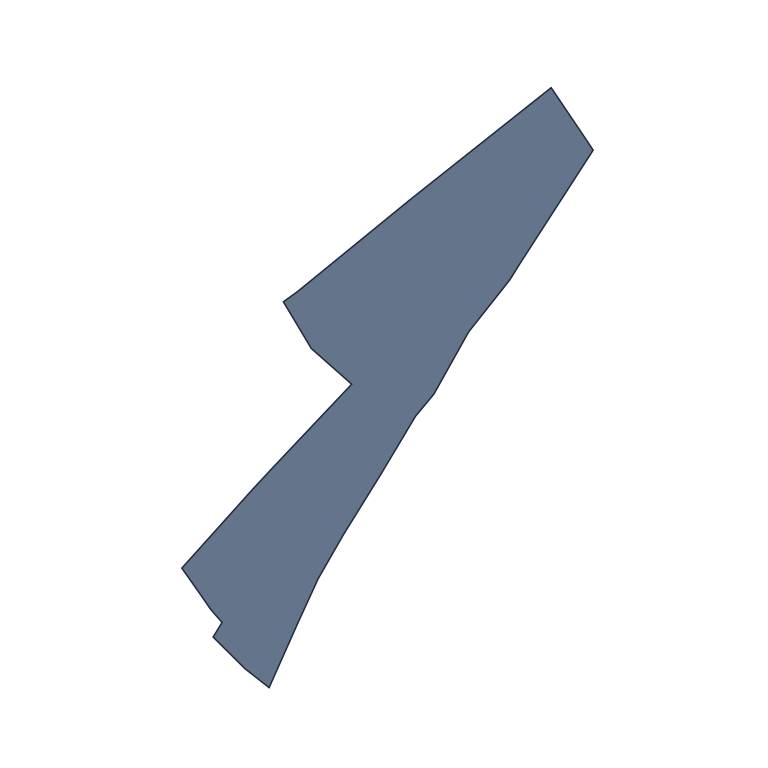 the district of Vaiaku, Tuvalu, rotated 188°
{"feature_id": "33948139B90753952930446", "entity_name": "Vaiaku", "entity_type": "district", "adm_level": 2, "iso_a3": "TUV", "parent_name": "Tuvalu", "parent_adm1": "", "projection": "equal_earth", "projection_center": [179.194, -8.526], "detail": "fine", "context": "isolated", "style": "filled", "palette": "slate", "viewbox_px": 768, "rotation_deg": 188, "n_neighbors": 0, "source": "geoboundaries", "source_scale": "gbopen_adm2", "svg_char_len": 504}
<svg xmlns="http://www.w3.org/2000/svg" viewBox="0 0 768 768"><g transform="rotate(188 384 384)"><path d="M455.5,67.3L436.3,134.4L422.1,181.9L403.3,228.9L374.8,293.5L348.3,356.4L333.1,381.1L307.4,447.4L291.8,474.0L273.8,504.8L266.6,521.1L209.4,644.7L219.8,656.4L259.7,700.7L384.0,570.0L482.3,463.7L495.1,451.4L460.9,409.0L416.0,379.3L481.1,287.7L500.7,259.6L558.6,173.5L538.3,151.9L524.4,136.8L511.2,125.3L518.0,109.6L481.9,82.6L455.5,67.3Z" fill="#64748b" stroke="#1e293b" stroke-width="1.5"/></g></svg>